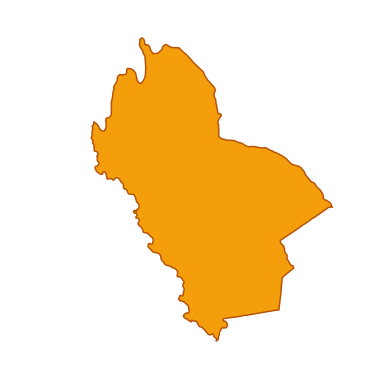 Santa Lucía Cotzumalguapa, Escuintla, Guatemala (orthographic projection), rotated 315°
{"feature_id": "79465075B85033757561509", "entity_name": "Santa Lucía Cotzumalguapa", "entity_type": "district", "adm_level": 2, "iso_a3": "GTM", "parent_name": "Guatemala", "parent_adm1": "Escuintla", "projection": "orthographic", "projection_center": [-91.117, 14.294], "detail": "fine", "context": "isolated", "style": "filled", "palette": "amber", "viewbox_px": 384, "rotation_deg": 315, "n_neighbors": 0, "source": "geoboundaries", "source_scale": "gbopen_adm2", "svg_char_len": 6057}
<svg xmlns="http://www.w3.org/2000/svg" viewBox="0 0 384 384"><g transform="rotate(315 192 192)"><path d="M275.1,212.1L272.9,210.9L267.7,203.3L264.3,200.2L263.0,198.6L261.7,192.8L259.8,189.6L258.1,185.3L255.2,181.9L252.3,178.8L252.3,178.0L250.8,175.6L250.3,173.8L250.2,171.7L255.8,166.0L258.7,162.7L259.1,161.5L260.0,160.5L264.3,159.0L266.1,158.9L266.6,158.7L267.1,158.3L267.3,157.7L267.3,156.4L266.0,155.2L266.2,154.4L270.3,148.6L272.0,145.8L273.8,143.9L274.7,141.2L276.3,138.8L277.9,137.6L280.4,136.8L281.8,133.8L282.2,123.8L283.4,118.4L284.9,115.1L284.6,102.3L285.2,93.0L284.6,80.7L279.5,75.1L278.2,69.9L277.2,68.7L273.8,68.6L272.6,69.5L271.1,70.0L267.4,69.8L265.4,69.4L262.3,66.5L263.1,62.2L264.8,59.1L264.8,56.7L264.3,56.1L263.3,55.5L263.3,53.9L264.8,52.1L265.8,50.1L265.7,47.7L264.0,47.2L262.7,47.5L258.7,51.1L258.2,52.0L256.6,58.2L255.8,58.9L255.3,60.9L254.7,62.7L251.8,66.2L246.6,72.0L244.4,74.0L240.6,77.2L237.1,78.7L233.0,79.3L231.8,77.9L232.1,74.5L236.3,67.8L236.6,64.3L236.0,61.8L234.0,59.3L233.3,59.1L232.3,59.3L230.3,61.5L228.0,61.8L225.2,59.5L224.1,58.0L222.3,57.7L220.3,58.2L217.5,60.6L211.4,62.1L209.0,64.4L207.0,65.4L202.5,69.0L198.6,71.4L189.9,80.0L187.0,80.9L186.0,80.7L184.3,79.5L183.0,79.4L181.6,80.4L178.2,84.6L175.6,86.2L173.1,86.8L171.3,85.0L171.6,81.0L172.5,79.2L172.7,75.7L172.5,73.9L172.0,73.1L170.4,74.6L169.9,74.9L169.2,74.9L168.5,74.7L167.8,75.1L167.1,76.2L166.1,77.3L163.9,78.8L161.4,81.3L161.0,81.6L159.6,82.1L159.1,82.5L158.8,83.0L158.6,83.4L158.2,86.1L157.5,86.4L156.8,86.5L156.4,87.0L156.1,88.9L155.9,89.4L155.4,89.9L154.7,90.5L153.7,92.2L152.9,92.9L152.3,93.2L152.1,94.0L152.2,94.4L153.0,95.6L153.2,96.1L153.2,97.1L152.7,98.2L152.3,98.9L151.7,99.2L150.3,99.3L149.8,99.8L149.6,100.5L149.2,101.1L148.6,101.4L147.9,102.0L147.5,102.5L147.2,103.0L147.0,104.3L146.8,105.1L146.5,105.8L146.1,106.1L145.5,106.4L143.7,106.6L143.2,106.5L142.5,106.2L141.9,105.7L141.1,106.0L140.4,106.7L140.1,107.2L139.3,109.4L139.3,111.3L139.5,113.4L139.9,114.6L140.7,115.8L141.4,116.0L142.6,115.3L143.3,115.1L144.0,115.3L144.5,115.8L144.5,116.6L144.4,117.3L144.1,118.1L143.7,119.0L141.5,122.2L141.3,122.6L141.5,123.3L142.6,123.9L143.5,124.5L143.8,124.8L144.1,125.2L144.4,125.8L144.5,126.3L144.6,127.7L145.1,128.3L145.6,128.3L146.9,128.0L147.5,128.0L148.5,128.3L149.1,129.0L149.5,129.8L149.7,130.6L149.8,131.2L149.7,131.9L149.1,133.4L148.9,134.6L148.9,135.2L149.1,137.0L148.8,137.9L148.5,138.5L146.8,140.3L146.5,140.8L146.4,141.7L146.7,142.5L147.1,143.1L147.2,144.0L147.2,144.5L146.1,147.1L146.0,147.9L146.1,148.9L146.3,149.5L147.5,150.6L148.7,152.0L148.8,152.7L148.8,153.8L148.5,154.7L148.1,155.9L146.3,159.1L145.9,160.1L145.7,163.1L145.3,163.8L144.8,164.4L144.0,165.1L143.3,165.5L142.7,165.7L141.5,165.8L140.7,165.5L140.0,165.5L138.8,166.5L138.5,166.0L138.6,165.3L138.6,164.6L138.2,164.2L137.5,164.2L136.9,164.6L136.5,165.2L136.5,165.9L136.6,166.4L137.3,167.4L137.4,168.1L137.3,168.8L137.0,169.2L136.3,169.7L135.4,169.9L134.7,170.0L134.1,170.6L134.4,171.3L135.3,172.6L135.4,173.3L135.1,174.2L134.7,174.8L134.0,175.2L132.0,175.8L131.3,176.4L131.0,177.1L130.9,177.6L131.1,179.5L131.1,181.8L130.8,183.0L130.6,183.6L129.4,185.7L129.3,186.4L129.5,187.0L130.7,188.5L131.2,189.4L131.4,190.3L131.5,196.5L131.4,197.0L131.2,197.8L130.9,198.4L130.1,199.0L128.0,200.2L127.4,200.5L126.7,200.4L126.3,200.0L125.4,198.3L124.7,197.9L124.1,198.1L123.3,198.7L122.7,199.2L122.1,200.0L122.0,201.2L122.1,202.1L122.3,202.6L122.3,203.2L122.0,204.7L122.0,206.2L122.1,206.8L122.6,207.9L124.4,210.8L124.8,211.6L125.0,212.8L124.9,213.7L124.6,215.1L124.2,215.8L122.9,217.4L122.6,217.9L122.5,218.6L122.4,219.1L122.3,221.4L122.2,222.0L121.9,223.3L121.8,224.6L122.1,225.4L123.6,228.1L124.1,229.1L124.4,230.3L124.6,231.6L125.8,233.9L125.9,234.4L126.0,235.6L126.0,236.3L125.8,237.1L125.3,238.3L124.6,239.1L123.6,239.9L123.0,240.2L122.2,240.7L122.0,241.4L122.0,242.0L122.4,242.6L123.1,242.8L123.6,243.3L123.7,244.0L123.7,245.0L123.3,247.2L123.1,249.5L122.7,250.1L122.1,250.4L121.0,250.7L120.2,251.0L119.6,251.4L119.0,252.2L118.7,252.7L118.5,253.8L118.2,254.4L117.8,255.1L117.2,255.6L115.3,256.9L112.6,258.6L112.1,258.7L111.5,258.5L111.1,257.9L111.1,257.4L110.8,256.9L110.2,256.8L108.7,257.5L108.0,257.7L107.4,257.8L106.8,258.3L106.6,259.1L106.6,260.1L106.7,260.6L107.2,261.3L108.0,262.3L108.4,263.3L108.7,265.6L108.9,268.2L108.8,270.0L108.5,270.6L107.6,271.6L107.0,272.4L105.9,274.1L105.6,274.5L104.9,274.9L104.1,274.9L103.4,274.6L102.5,273.6L101.8,273.3L100.2,273.2L99.2,273.2L98.7,273.4L98.1,274.0L97.8,274.8L97.8,275.6L97.9,276.4L98.6,278.5L98.8,280.8L99.2,282.6L99.5,283.0L100.1,283.1L100.6,282.5L101.3,282.4L102.0,284.6L102.7,285.3L103.2,285.7L103.5,286.6L103.3,288.1L102.8,289.9L102.4,290.6L102.3,291.7L102.3,292.9L103.1,294.1L103.4,295.0L103.4,299.0L103.0,302.1L103.0,304.5L103.3,305.2L103.6,305.6L104.3,306.2L105.3,306.5L106.0,306.6L106.4,306.9L106.5,307.5L106.3,308.0L105.6,308.9L105.3,309.6L105.3,311.0L105.6,311.9L105.7,312.7L105.4,313.3L104.3,314.0L103.9,314.4L104.5,314.7L105.8,314.8L106.6,314.5L107.5,313.9L108.2,313.2L110.9,311.8L111.7,311.1L112.7,310.4L113.5,310.2L114.7,310.0L116.0,309.3L116.6,309.3L117.5,309.7L119.7,311.8L120.4,312.0L121.3,312.0L121.8,311.8L122.5,311.3L123.4,310.5L123.9,309.6L124.0,309.0L124.2,308.1L124.2,307.6L124.0,306.6L123.2,305.3L123.3,304.6L124.0,304.0L124.8,303.9L138.8,314.5L140.0,314.9L143.5,317.8L162.4,331.1L164.1,332.4L164.8,332.8L166.1,333.7L170.0,336.8L185.1,325.0L186.4,323.5L187.4,323.2L187.5,322.7L195.1,316.5L197.7,316.4L210.2,317.7L211.2,315.7L210.3,313.7L210.5,311.6L211.5,308.9L211.6,306.8L214.5,303.9L215.4,299.7L217.4,297.2L217.9,295.8L218.6,295.5L218.6,290.8L220.1,288.7L239.4,292.5L248.1,293.8L249.0,294.3L259.1,295.9L259.9,296.4L278.0,299.5L280.5,301.8L282.1,297.5L281.2,292.9L280.3,291.3L280.3,289.7L282.3,287.1L283.1,285.8L284.1,280.9L283.8,275.9L284.7,274.0L284.6,271.9L283.7,269.2L283.8,266.5L284.5,259.4L285.6,257.7L286.2,251.7L285.5,249.0L282.8,244.1L282.1,242.1L282.1,234.5L281.7,231.6L279.2,223.4L278.1,221.6L277.8,219.3L277.2,218.7L275.1,212.1Z" fill="#f59e0b" stroke="#b45309" stroke-width="1.5"/></g></svg>